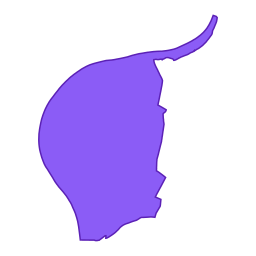 Westervoort, Gelderland, Netherlands
{"feature_id": "6326949B9198746369374", "entity_name": "Westervoort", "entity_type": "district", "adm_level": 2, "iso_a3": "NLD", "parent_name": "Netherlands", "parent_adm1": "Gelderland", "projection": "mercator", "projection_center": [5.981, 51.96], "detail": "fine", "context": "isolated", "style": "filled", "palette": "violet", "viewbox_px": 256, "rotation_deg": 0, "n_neighbors": 0, "source": "geoboundaries", "source_scale": "gbopen_adm2", "svg_char_len": 5414}
<svg xmlns="http://www.w3.org/2000/svg" viewBox="0 0 256 256"><path d="M58.5,186.5L58.9,187.0L63.0,191.7L66.3,195.9L68.5,199.3L68.8,199.9L70.4,202.4L71.6,204.6L72.7,207.3L73.2,208.4L74.3,210.8L75.3,213.2L76.8,218.0L77.7,221.4L78.3,224.7L78.7,227.0L79.9,236.4L80.3,240.0L90.7,240.1L92.8,240.1L93.4,240.1L94.3,240.1L94.5,240.2L94.7,240.3L94.8,240.4L95.1,240.4L95.6,240.6L95.8,240.6L96.0,240.6L96.3,240.6L96.8,240.6L97.3,240.5L97.6,240.5L98.0,240.4L98.5,240.3L99.3,240.2L99.7,239.8L101.4,238.6L102.7,237.6L104.0,236.6L104.4,236.3L104.5,236.2L104.9,235.9L105.0,235.9L105.7,235.7L105.9,235.7L105.9,236.1L105.9,237.5L105.8,238.2L106.7,238.1L107.3,237.8L107.7,237.6L108.2,237.3L108.6,237.1L109.0,236.9L109.7,236.4L111.6,235.2L112.4,234.6L113.3,234.0L114.2,233.3L114.6,233.0L115.1,232.6L116.3,231.5L116.8,231.0L117.3,230.5L117.7,230.2L118.6,229.2L119.0,228.8L119.4,228.3L120.0,227.6L120.4,227.2L120.9,226.8L121.5,226.3L122.2,225.8L122.9,225.3L123.7,224.8L124.2,224.6L124.8,224.3L125.2,224.1L125.8,223.9L126.5,223.6L127.6,223.3L129.0,222.8L130.5,222.2L133.0,221.3L135.0,220.7L136.3,220.3L136.7,220.1L137.1,219.9L139.5,218.4L140.4,217.8L141.5,217.4L142.0,217.4L143.2,217.4L146.7,217.2L149.6,217.0L151.0,216.9L152.1,217.0L153.5,217.1L154.9,217.3L156.1,213.2L156.2,212.9L156.4,212.7L159.5,207.4L159.9,206.8L160.2,206.1L160.3,205.5L160.4,204.9L160.9,199.5L160.9,199.4L155.3,197.0L156.8,194.0L158.1,191.6L161.4,185.5L165.6,177.5L164.7,176.7L162.4,174.9L158.9,172.3L157.2,171.2L156.5,170.9L156.5,170.4L156.5,168.4L156.6,168.2L156.5,167.7L156.6,165.9L156.7,162.3L156.9,160.0L156.9,159.4L157.0,159.0L157.1,158.6L157.5,157.2L158.4,154.0L158.4,153.8L160.5,145.3L161.4,141.9L161.5,141.5L161.5,141.0L161.9,138.7L162.1,136.9L162.3,136.0L162.9,131.6L163.2,129.9L163.4,128.4L164.0,124.2L163.8,122.6L163.6,121.5L163.5,120.1L163.5,119.5L163.4,118.9L163.3,118.1L163.2,116.7L163.1,114.9L163.1,114.5L163.1,114.4L163.1,114.2L163.2,113.9L163.2,113.6L163.3,113.5L163.4,113.4L163.5,113.3L163.6,113.2L164.2,112.7L164.4,112.6L164.6,112.4L164.9,112.2L165.0,112.1L165.2,111.9L165.4,111.7L165.5,111.5L165.8,111.0L165.9,110.9L166.1,110.3L166.2,109.8L164.2,108.6L161.8,107.2L157.9,105.0L159.4,98.0L159.6,96.8L159.8,95.8L160.8,90.9L161.3,88.2L161.9,85.2L162.2,83.1L162.3,82.4L162.4,81.9L162.4,81.5L162.4,81.2L162.5,80.6L162.2,79.7L161.7,78.3L161.4,77.8L160.8,76.6L160.2,75.5L159.7,74.6L159.2,73.4L158.2,71.4L157.8,70.5L157.4,69.6L157.2,69.3L156.9,68.6L156.4,67.7L155.9,66.7L155.3,65.4L154.9,64.4L154.5,63.5L154.2,62.3L154.0,61.7L153.9,61.0L153.8,60.5L153.7,59.9L153.7,59.7L153.8,59.6L154.2,59.6L154.5,59.6L154.8,59.5L155.3,59.4L155.5,59.4L155.8,59.4L156.0,59.3L157.3,59.6L157.7,59.6L158.2,59.6L158.6,59.6L159.2,59.5L159.6,59.4L159.9,59.3L160.3,59.2L160.5,59.2L161.1,59.2L161.3,59.2L161.6,59.2L161.9,59.2L162.2,59.2L162.3,59.7L162.7,59.4L163.4,59.0L163.8,58.9L164.2,58.7L164.5,58.6L164.8,58.4L165.1,58.2L165.4,58.0L165.7,57.8L166.0,57.7L166.3,57.6L166.5,57.6L166.9,57.6L167.3,57.6L167.8,57.5L168.3,57.6L168.7,57.7L169.3,57.9L170.0,58.1L170.4,58.2L170.8,58.4L171.2,58.5L171.6,58.6L172.5,58.8L172.8,59.0L173.1,59.2L173.2,59.4L173.5,59.8L173.6,60.0L173.8,60.2L173.8,60.3L174.0,60.3L174.5,60.3L174.7,60.2L175.4,60.0L175.6,59.9L175.8,59.8L176.0,59.7L176.5,59.5L177.1,59.1L177.4,59.0L178.1,58.6L178.7,58.2L179.6,57.8L180.3,57.4L181.3,56.9L182.2,56.6L182.4,56.5L183.2,56.2L183.9,55.9L184.7,55.6L185.5,55.3L186.4,55.0L187.1,54.7L187.5,54.6L187.8,54.4L188.1,54.3L188.4,54.1L188.9,53.8L189.6,53.4L190.0,53.1L190.5,52.8L191.2,52.5L192.1,52.2L192.7,51.9L193.3,51.6L193.7,51.4L194.1,51.3L194.2,50.9L194.1,50.7L194.5,50.3L194.7,50.7L195.3,50.4L195.5,50.2L196.0,49.9L196.3,49.7L196.7,49.4L197.3,49.1L197.9,48.8L198.5,48.5L199.1,48.1L199.3,47.9L199.9,47.5L200.2,47.2L200.6,47.0L201.3,46.4L201.9,46.0L202.3,45.7L202.6,45.4L203.3,44.8L203.8,44.2L204.7,43.4L205.6,42.4L206.1,42.0L207.1,40.6L208.1,39.4L209.5,37.6L210.2,36.6L210.9,35.7L211.7,34.6L211.9,34.1L212.1,33.6L212.3,32.6L212.6,30.7L213.4,29.1L213.8,28.4L215.3,24.7L215.7,23.8L216.5,21.7L216.9,19.7L217.2,17.6L216.2,16.4L213.2,15.4L212.8,16.4L212.2,18.0L211.4,20.0L210.8,21.4L210.3,22.3L209.2,24.5L208.5,25.7L207.6,27.1L207.0,28.1L205.9,29.5L204.9,30.7L203.4,32.4L202.3,33.4L201.0,34.6L199.8,35.6L198.7,36.4L197.7,37.2L195.3,38.9L193.8,39.7L191.9,40.9L190.2,41.8L188.9,42.5L187.3,43.3L177.6,47.8L176.7,48.2L174.1,49.1L171.5,49.7L168.7,50.3L166.2,50.7L162.0,51.2L161.5,51.2L160.1,51.2L159.1,51.3L157.9,51.3L156.3,51.4L155.0,51.5L153.5,51.6L150.3,52.0L149.0,52.2L147.7,52.3L145.3,52.7L144.2,52.9L141.9,53.3L140.5,53.5L139.2,53.7L137.8,54.0L135.0,54.7L133.8,55.0L132.2,55.4L130.6,55.9L128.7,56.5L127.9,56.8L125.7,57.3L123.5,57.8L121.6,58.2L120.2,58.5L118.1,58.9L116.9,59.1L115.0,59.5L113.1,59.8L111.8,60.0L109.5,60.2L106.1,60.5L102.2,61.4L97.4,62.6L95.1,63.2L93.0,63.8L91.5,64.3L89.7,64.9L86.4,66.4L82.2,68.7L81.1,69.4L79.4,70.6L77.0,72.2L75.8,73.1L73.8,74.5L72.1,75.9L70.9,76.8L69.3,78.2L68.2,79.3L66.9,80.5L65.5,81.8L64.0,83.4L62.3,85.1L59.3,88.5L58.2,90.0L57.1,91.4L55.7,93.1L54.7,94.4L53.4,96.2L51.1,99.1L49.3,101.7L47.1,105.5L45.4,108.9L44.5,111.0L42.9,115.2L41.6,119.3L40.8,122.8L40.2,125.8L39.6,129.1L39.3,131.6L39.0,133.8L38.9,136.8L38.8,139.9L38.9,142.3L39.0,144.2L39.3,146.9L39.7,149.5L40.4,152.5L41.7,157.2L42.9,160.5L44.2,163.8L45.7,166.7L47.3,169.0L50.2,173.7L52.6,177.5L53.9,179.8L55.1,181.8L57.0,184.5L57.3,184.8L57.6,185.2L58.3,186.2L58.5,186.5Z" fill="#8b5cf6" stroke="#5b21b6" stroke-width="1.5"/></svg>